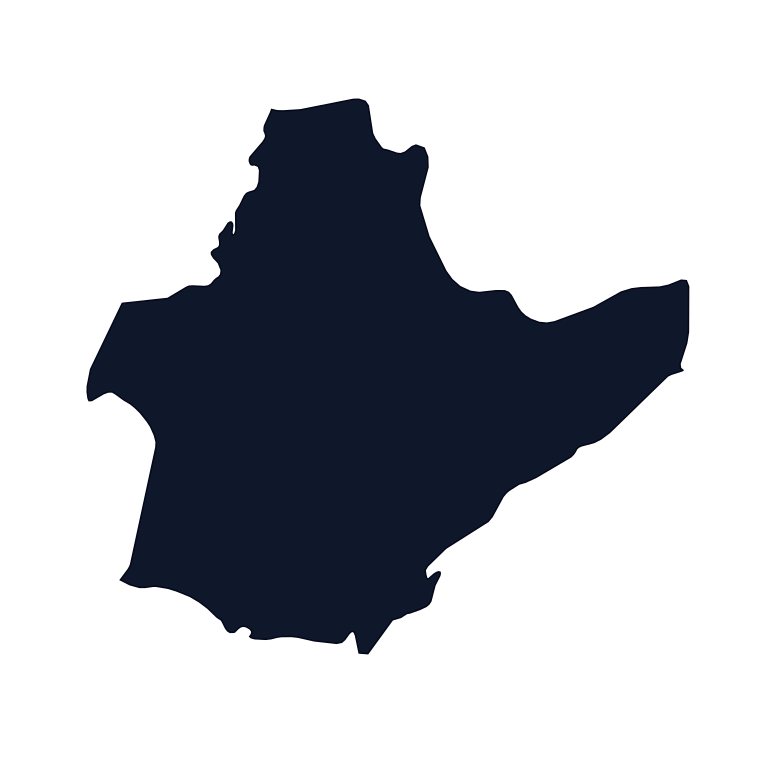 outline of Värmland, rotated 101°
{"feature_id": "SWE-188", "entity_name": "Värmland", "entity_type": "County", "adm_level": 1, "iso_a3": "SWE", "parent_name": "Sweden", "parent_adm1": "", "projection": "natural_earth1", "projection_center": [13.103, 59.9], "detail": "fine", "context": "isolated", "style": "filled", "palette": "ink", "viewbox_px": 768, "rotation_deg": 101, "n_neighbors": 0, "source": "natural_earth", "source_scale": "10m", "svg_char_len": 2960}
<svg xmlns="http://www.w3.org/2000/svg" viewBox="0 0 768 768"><g transform="rotate(101 384 384)"><path d="M307.9,97.3L312.0,95.9L313.4,93.2L314.1,93.8L319.6,103.8L322.1,107.1L388.3,153.1L396.6,160.6L401.3,166.6L407.2,178.7L408.8,180.8L410.8,182.4L414.1,183.4L416.8,184.6L419.8,186.6L446.5,216.8L453.4,226.4L456.4,232.3L456.8,232.8L464.6,241.0L467.4,243.2L471.7,245.6L493.5,252.5L499.0,255.5L533.5,292.0L554.4,306.5L558.8,308.1L562.8,306.8L566.0,305.3L567.1,304.2L567.0,303.3L561.1,298.7L559.0,296.5L557.9,294.4L558.1,293.0L559.8,292.6L561.7,292.7L571.9,295.6L588.3,296.6L591.5,297.9L594.3,300.2L598.4,305.8L603.8,314.9L604.9,317.8L609.9,323.0L613.9,330.7L651.8,348.4L652.8,357.1L636.2,364.0L633.3,365.9L632.7,367.8L633.8,369.3L636.0,370.8L642.3,373.7L645.6,376.2L647.6,381.1L649.4,403.4L648.9,420.0L649.4,426.3L651.4,436.3L652.9,440.7L655.6,446.4L657.2,451.5L658.7,462.3L658.4,466.1L657.5,467.6L655.3,466.6L653.6,466.2L651.6,466.9L649.9,469.0L648.5,473.1L648.6,476.2L649.9,478.7L652.1,480.7L655.7,483.1L656.3,483.8L657.2,487.8L656.2,490.4L654.1,492.8L647.6,497.8L646.3,499.4L645.8,501.1L644.6,503.7L637.7,514.3L633.2,523.5L629.5,533.7L626.6,548.7L625.7,557.2L626.0,568.8L626.6,572.1L629.3,579.9L630.3,585.2L629.5,595.2L626.6,605.4L614.7,599.7L612.0,598.8L609.7,598.3L489.6,595.8L484.3,596.6L477.9,599.7L470.2,605.1L465.6,609.6L458.7,617.7L454.6,623.9L451.7,629.4L449.3,636.2L444.8,645.9L443.6,649.3L444.5,653.4L447.1,657.6L456.1,667.9L456.6,670.4L454.4,671.8L448.5,673.8L442.7,674.8L425.6,674.8L354.8,656.3L341.3,612.6L326.9,596.5L325.2,594.0L324.3,590.5L322.6,578.8L321.2,575.0L318.7,572.5L314.8,570.4L312.5,568.7L310.5,566.6L307.6,565.2L303.3,565.5L296.7,569.7L292.6,575.4L289.7,578.0L287.6,578.5L284.8,576.7L282.0,573.0L280.4,572.0L278.9,571.8L275.9,572.3L271.5,574.0L270.1,574.1L268.0,573.6L266.0,572.1L264.1,570.9L256.0,567.7L254.5,566.2L254.2,564.8L255.2,563.5L257.5,562.7L264.5,562.2L266.4,561.3L266.7,560.1L264.8,559.1L261.5,558.7L244.5,562.2L242.1,561.9L236.0,559.5L226.2,556.9L223.2,555.3L221.6,553.2L218.8,547.9L215.0,545.9L209.5,545.2L198.0,546.8L194.3,548.9L193.5,552.8L194.2,555.1L194.0,556.5L193.1,557.4L190.9,558.7L189.1,559.0L186.8,558.8L169.5,549.0L165.9,547.6L163.1,547.3L160.2,548.7L158.4,550.0L155.4,550.5L153.1,550.5L138.9,547.1L136.0,546.7L136.2,541.1L135.3,535.4L130.9,518.5L110.5,468.5L109.3,463.1L110.1,456.4L113.8,452.6L140.2,443.1L144.9,439.7L152.6,431.6L153.7,429.5L153.8,424.9L155.1,415.4L154.8,411.6L152.4,407.5L151.3,406.5L145.6,401.7L143.4,398.2L144.7,389.6L149.6,386.5L152.7,384.5L162.8,382.2L194.1,384.2L202.1,383.1L230.8,368.0L261.4,344.8L268.5,337.2L273.9,328.0L276.6,317.0L276.1,308.0L271.1,291.9L269.5,283.4L270.3,279.3L272.9,275.9L283.4,267.3L287.2,263.3L290.2,258.5L292.5,252.5L294.0,243.4L293.2,235.6L290.5,228.5L268.9,192.9L248.5,168.7L243.3,158.9L240.5,150.1L236.3,131.8L232.8,123.5L225.4,112.0L224.9,106.9L230.2,103.6L274.9,95.1L286.1,94.7L307.9,97.3Z" fill="#0f172a" stroke="#020617" stroke-width="1.5"/></g></svg>